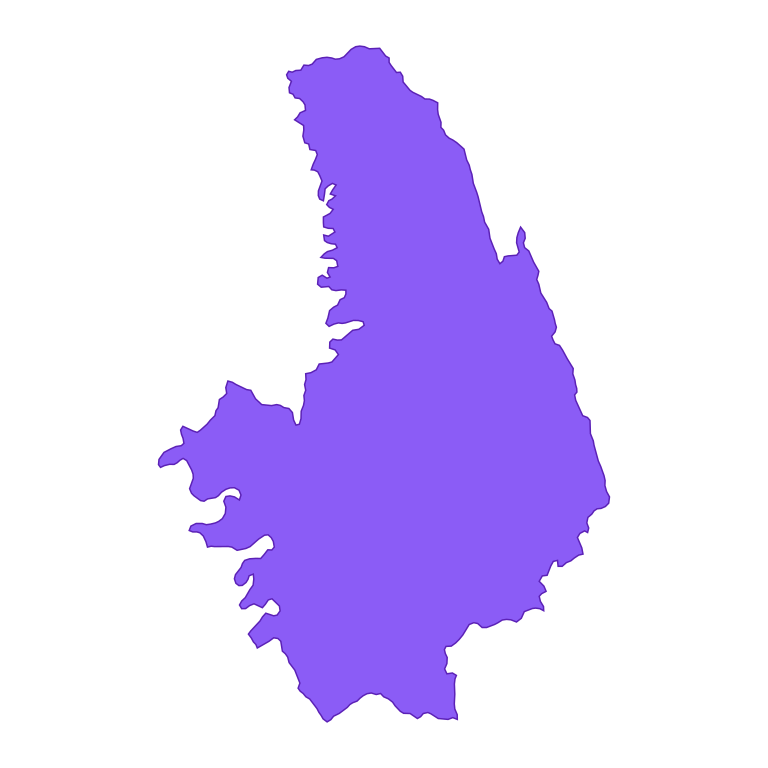 the district of Santana de Pirapama, Minas Gerais, Brazil
{"feature_id": "56859067B86062210770309", "entity_name": "Santana de Pirapama", "entity_type": "district", "adm_level": 2, "iso_a3": "BRA", "parent_name": "Brazil", "parent_adm1": "Minas Gerais", "projection": "natural_earth1", "projection_center": [-43.935, -18.888], "detail": "fine", "context": "isolated", "style": "filled", "palette": "violet", "viewbox_px": 768, "rotation_deg": 0, "n_neighbors": 0, "source": "geoboundaries", "source_scale": "gbopen_adm2", "svg_char_len": 6091}
<svg xmlns="http://www.w3.org/2000/svg" viewBox="0 0 768 768"><path d="M543.7,610.7L543.5,606.5L540.4,601.4L539.2,596.3L541.6,593.7L546.1,591.3L543.9,586.1L539.2,581.3L542.3,575.9L547.1,575.3L550.8,565.9L553.3,561.4L557.5,560.4L558.1,566.3L562.2,566.3L566.4,562.6L570.9,560.8L574.3,558.0L578.7,555.1L583.0,554.1L581.8,547.9L577.4,537.5L579.9,533.4L584.6,530.9L587.6,532.5L588.7,528.0L586.8,522.9L587.9,517.4L591.8,514.1L594.1,510.8L597.1,508.8L601.1,508.4L605.4,506.5L608.7,503.2L609.5,496.9L606.6,491.6L604.9,485.6L605.1,480.5L604.0,475.6L600.7,466.4L598.3,461.0L594.0,445.1L593.3,440.9L590.4,433.6L590.0,420.5L587.5,417.5L582.7,415.7L575.7,400.3L574.6,394.9L576.9,392.1L576.7,388.4L575.6,384.7L574.9,380.0L572.8,373.9L573.2,368.5L567.2,358.7L562.6,350.2L559.5,345.4L555.0,343.8L553.1,340.1L551.6,336.2L555.1,331.9L556.4,327.2L555.2,323.4L554.5,319.8L552.0,311.1L549.1,308.6L546.7,302.4L540.8,293.0L538.8,284.2L536.7,279.5L538.0,275.2L538.8,271.3L533.6,262.1L528.8,251.0L524.6,247.6L523.4,242.8L525.2,238.3L524.7,232.6L520.6,227.1L518.3,232.6L516.9,237.5L516.6,242.8L519.2,252.0L516.8,255.2L508.1,255.9L504.4,256.7L502.9,261.2L499.9,263.7L497.2,259.2L496.3,253.7L494.1,248.8L490.0,238.3L488.7,229.3L484.6,222.1L483.5,216.6L481.7,211.8L478.1,196.8L476.7,192.3L473.3,183.3L471.9,174.4L470.3,169.7L469.2,165.1L466.7,160.0L464.0,149.1L456.9,142.8L452.8,140.0L449.2,138.2L445.5,134.9L443.6,130.2L440.9,127.4L441.0,122.3L438.2,114.3L437.6,109.7L437.7,102.8L432.9,100.3L429.5,99.1L424.9,99.0L421.5,96.5L412.8,92.3L410.0,90.3L403.1,82.0L402.7,76.2L400.3,72.2L396.5,72.5L391.1,65.5L389.1,62.4L389.1,58.0L385.6,56.0L379.7,48.3L369.3,48.8L364.4,46.7L359.8,46.1L355.7,46.7L351.1,49.4L344.0,56.8L339.5,58.8L335.3,59.2L331.8,58.0L327.0,57.3L322.2,57.8L316.3,59.4L312.2,64.1L308.6,65.5L303.9,65.1L300.8,70.2L295.8,70.5L292.2,72.2L288.7,71.3L286.6,74.8L287.8,78.3L291.4,81.3L289.0,87.5L289.5,92.8L293.0,94.2L295.1,97.9L299.6,98.5L303.1,101.8L305.0,104.9L305.5,110.4L300.1,112.8L297.6,116.9L294.6,119.8L303.6,125.5L303.8,130.0L302.9,136.2L304.8,142.8L308.7,144.0L309.9,149.5L315.7,150.5L317.3,154.6L315.4,159.5L313.2,164.2L311.2,169.8L314.4,170.1L317.8,171.8L319.7,175.5L322.0,181.0L318.4,190.9L318.3,195.6L319.7,199.1L323.4,200.8L324.5,194.1L325.1,188.8L328.2,185.9L332.4,183.4L336.1,185.0L332.7,189.8L330.3,194.0L335.5,195.8L332.0,199.1L328.8,200.7L326.7,204.6L329.4,207.4L333.2,209.3L330.1,213.4L323.4,217.0L323.4,222.8L323.7,226.9L328.2,228.3L333.1,228.5L334.9,232.0L328.4,236.2L323.7,235.0L324.5,240.6L327.2,242.5L331.1,243.7L335.5,244.2L337.2,247.7L332.4,250.2L327.4,251.6L324.2,253.9L320.9,257.4L324.9,258.2L333.4,258.4L336.7,260.7L337.8,266.4L333.8,267.8L328.6,267.6L327.4,272.5L330.1,277.0L327.0,278.2L322.2,275.2L318.2,277.5L317.6,284.2L321.2,287.2L328.8,286.5L331.8,289.8L335.9,290.6L341.4,289.9L345.9,290.2L345.9,294.0L344.3,297.7L340.1,299.7L337.6,305.1L333.6,307.2L329.6,310.6L327.9,318.0L325.9,323.3L329.1,326.4L333.9,324.1L338.4,322.9L342.1,323.4L345.5,322.9L353.4,320.4L358.4,320.5L363.1,321.7L364.2,325.3L358.8,329.3L352.7,330.3L341.5,339.9L337.4,340.1L332.9,339.1L329.8,342.1L329.6,348.1L335.1,349.9L338.4,354.6L331.9,362.0L328.2,363.0L319.2,364.0L316.3,369.8L310.9,372.7L305.7,373.7L306.0,379.6L304.6,384.5L305.7,390.3L303.9,395.5L304.4,400.7L303.5,405.4L301.2,411.2L301.0,418.7L299.4,424.2L296.0,425.1L293.6,420.0L292.4,412.5L288.9,408.5L283.9,407.6L280.3,405.4L276.7,404.6L271.6,405.6L261.7,404.6L255.5,398.8L250.8,390.3L246.6,389.6L236.0,384.5L232.4,382.3L227.9,381.0L225.8,387.6L226.7,393.5L223.2,397.0L219.4,399.5L218.1,407.7L216.0,410.7L214.9,415.7L210.4,420.1L207.1,424.2L200.4,430.2L197.2,432.4L193.1,431.0L182.9,426.3L180.6,430.0L181.5,434.3L183.1,438.5L183.9,443.3L181.3,445.7L176.0,446.5L170.9,448.8L164.0,452.4L159.0,459.4L158.5,464.6L160.5,467.4L164.4,465.6L169.6,464.3L174.1,464.4L177.2,462.7L180.0,460.2L183.1,458.4L186.7,460.6L191.6,469.9L193.1,474.2L193.3,478.3L189.6,488.7L191.5,493.2L193.9,495.7L200.6,500.6L204.1,501.2L207.6,498.9L215.5,497.6L218.4,495.7L221.5,492.2L225.9,489.3L230.0,487.9L234.4,487.7L239.0,490.2L241.0,495.0L239.4,500.0L234.5,496.9L230.0,495.9L225.9,496.5L223.8,501.2L225.9,507.2L225.3,513.5L222.4,518.6L218.7,521.4L215.5,522.9L210.6,524.1L206.3,524.7L202.3,523.5L196.1,523.5L190.9,526.1L189.2,530.5L192.7,531.9L196.8,531.9L199.9,532.8L203.3,536.0L206.0,541.8L207.5,547.1L211.2,546.2L214.4,546.6L228.4,546.5L231.9,547.1L237.1,550.3L245.8,548.5L250.1,546.6L258.6,539.1L264.5,535.2L268.1,534.8L271.2,537.6L273.3,541.4L274.3,547.1L271.8,550.0L267.8,549.8L264.1,554.6L260.7,558.5L255.8,558.4L249.6,558.8L244.7,560.4L242.5,563.5L241.1,567.4L235.5,574.6L234.4,578.8L235.9,583.3L238.9,585.6L242.3,585.4L246.0,582.5L248.0,579.3L249.1,575.8L253.3,574.1L253.8,579.0L253.1,585.2L249.9,589.6L245.3,597.6L241.7,601.0L239.5,605.0L241.7,608.7L245.6,608.6L249.6,605.6L254.0,603.8L262.4,607.7L265.4,604.2L268.3,599.9L272.0,598.8L279.4,606.0L280.1,610.9L277.1,615.1L273.7,615.8L265.8,613.2L262.5,616.9L260.0,621.0L250.7,631.0L248.4,634.1L251.3,638.0L253.4,641.9L255.9,644.5L257.3,648.0L269.0,641.3L273.7,637.8L278.0,638.5L280.8,641.3L282.4,651.2L285.3,653.7L287.7,657.1L289.1,662.6L294.8,670.1L299.9,683.1L298.1,688.2L300.2,691.2L303.2,693.5L305.9,696.8L309.7,699.0L317.0,708.6L318.9,712.3L321.1,715.4L323.1,718.9L327.1,721.9L330.8,719.7L333.6,716.2L339.3,713.4L347.3,707.4L349.9,704.5L352.8,702.7L357.1,701.1L360.1,698.1L363.2,695.7L367.0,693.7L371.3,693.0L376.2,694.5L380.6,693.5L383.7,696.8L388.3,698.8L392.6,702.1L395.1,705.8L400.3,711.3L403.6,713.3L410.1,713.5L417.4,718.5L420.6,716.7L423.3,713.5L427.9,712.5L430.9,713.8L438.2,718.5L448.1,719.4L452.8,717.6L457.3,719.4L457.2,714.6L454.8,709.0L454.3,703.9L454.8,694.2L454.4,684.0L455.0,678.9L456.4,675.4L452.4,673.0L446.9,673.8L444.6,668.9L446.9,663.6L447.2,657.5L445.3,653.5L444.4,649.6L446.0,646.4L451.3,646.1L455.7,642.9L459.2,639.4L462.8,635.0L469.2,624.5L473.8,622.7L477.7,623.5L482.1,627.5L486.6,627.5L494.5,624.5L497.8,622.8L502.3,620.0L506.5,619.4L510.9,619.8L516.5,622.0L521.3,618.3L524.3,611.6L532.4,608.5L535.6,608.1L539.9,608.7L543.7,610.7Z" fill="#8b5cf6" stroke="#5b21b6" stroke-width="1.5"/></svg>